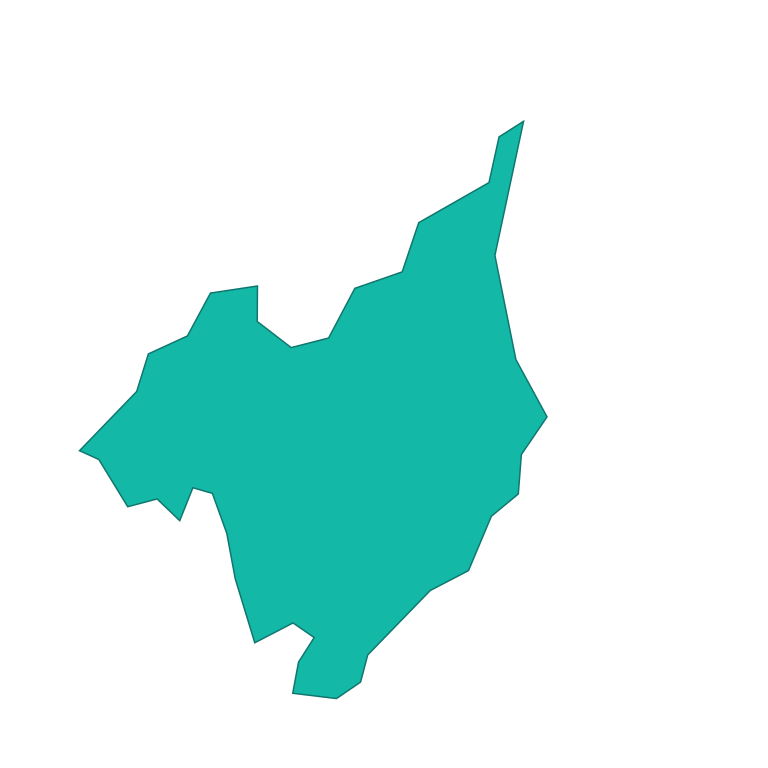 the district of Vabkent, Bukhoro, Uzbekistan, rotated 314°
{"feature_id": "79887680B72546583413926", "entity_name": "Vabkent", "entity_type": "district", "adm_level": 2, "iso_a3": "UZB", "parent_name": "Uzbekistan", "parent_adm1": "Bukhoro", "projection": "robinson", "projection_center": [64.502, 39.936], "detail": "fine", "context": "isolated", "style": "filled", "palette": "teal", "viewbox_px": 768, "rotation_deg": 314, "n_neighbors": 0, "source": "geoboundaries", "source_scale": "gbopen_adm2", "svg_char_len": 662}
<svg xmlns="http://www.w3.org/2000/svg" viewBox="0 0 768 768"><g transform="rotate(314 384 384)"><path d="M473.6,524.1L493.2,461.9L553.5,374.5L621.8,331.9L669.9,301.9L641.7,295.1L601.8,319.6L524.2,296.9L477.3,319.2L432.6,296.6L378.6,312.2L345.7,291.9L340.9,249.4L366.6,224.9L328.9,196.0L282.0,209.2L242.0,193.6L206.8,211.3L124.5,211.3L131.6,231.3L117.7,284.9L143.7,300.6L143.8,332.0L176.6,318.6L186.1,336.5L167.4,374.6L140.5,412.4L108.1,470.8L148.9,484.5L153.1,509.9L124.6,515.7L98.1,533.2L124.7,568.3L153.3,574.2L177.8,560.5L267.6,560.7L308.5,574.4L363.5,553.1L398.2,557.0L428.7,531.8L473.6,524.1Z" fill="#14b8a6" stroke="#0f766e" stroke-width="1.5"/></g></svg>